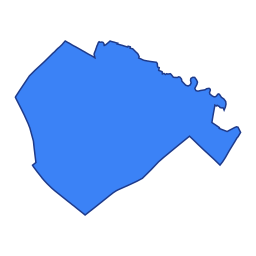 Stejaru, Teleorman, Romania
{"feature_id": "2599482B19320375788704", "entity_name": "Stejaru", "entity_type": "district", "adm_level": 2, "iso_a3": "ROU", "parent_name": "Romania", "parent_adm1": "Teleorman", "projection": "orthographic", "projection_center": [24.865, 44.177], "detail": "fine", "context": "isolated", "style": "filled", "palette": "blue", "viewbox_px": 256, "rotation_deg": 0, "n_neighbors": 0, "source": "geoboundaries", "source_scale": "gbopen_adm2", "svg_char_len": 3513}
<svg xmlns="http://www.w3.org/2000/svg" viewBox="0 0 256 256"><path d="M85.1,215.0L89.3,211.7L93.8,208.2L106.2,198.3L109.8,195.4L113.4,192.6L116.2,190.8L117.9,189.9L130.2,184.4L137.0,181.2L142.4,178.3L151.4,169.4L158.4,162.0L158.8,161.6L164.1,157.0L169.8,152.3L178.3,145.3L189.5,136.2L192.9,139.4L197.7,144.1L204.0,150.1L213.3,158.6L220.0,165.1L222.6,161.8L225.4,157.5L228.9,151.3L230.2,149.1L230.7,148.3L235.0,141.3L237.0,137.9L238.1,136.7L240.6,132.4L238.0,127.2L236.5,126.8L234.7,127.5L227.1,131.5L221.6,129.4L219.2,128.4L219.4,127.6L211.9,122.5L212.9,116.2L214.9,105.1L216.2,106.0L216.6,105.8L217.1,105.3L217.6,105.5L217.9,105.8L219.4,106.5L220.0,107.5L221.5,107.9L222.5,107.8L223.2,108.0L224.1,110.1L225.4,107.0L226.0,104.1L225.7,101.5L223.9,99.0L221.4,97.3L219.4,94.3L218.6,93.9L217.6,94.3L216.9,95.5L215.7,96.6L214.2,96.9L212.3,96.0L209.8,94.0L209.5,92.3L210.3,90.4L210.2,89.2L209.1,88.3L206.7,88.7L205.0,89.8L200.6,90.5L198.0,91.2L195.9,90.6L194.8,88.4L196.9,84.4L197.5,82.1L196.5,79.9L194.7,77.4L192.8,77.3L190.9,78.4L190.5,80.2L191.1,82.9L190.2,84.9L188.1,86.0L185.7,85.2L181.9,81.2L181.5,79.1L180.1,77.3L178.8,76.8L177.3,77.5L174.3,77.4L173.3,77.2L171.2,74.5L170.3,73.7L167.8,74.1L166.7,73.7L165.4,74.5L163.9,73.4L162.4,73.9L162.1,71.7L159.6,70.7L158.9,70.5L158.7,70.4L158.8,70.0L159.2,67.6L158.0,67.3L157.5,66.4L157.3,63.5L156.4,62.3L149.9,61.4L148.3,61.1L147.4,61.0L146.6,60.8L145.4,60.6L144.9,60.5L144.3,60.4L144.0,60.3L143.4,60.1L142.5,59.7L141.6,59.3L140.9,58.9L140.3,58.7L139.4,58.3L138.7,58.0L138.9,57.5L139.1,56.6L139.1,56.4L138.9,56.1L138.7,55.7L138.4,55.0L138.2,54.4L138.0,54.2L137.8,53.9L137.5,53.5L137.4,53.4L137.2,53.2L136.7,52.7L136.1,52.2L135.0,51.1L133.9,50.0L132.7,48.8L131.6,48.5L130.1,48.2L130.3,46.8L128.1,46.2L127.7,47.0L127.2,46.9L125.8,46.5L124.2,46.0L122.4,45.4L120.5,44.9L118.4,44.3L117.2,44.0L117.7,43.2L116.1,42.8L114.3,42.2L112.6,41.8L110.8,41.3L110.1,41.0L109.9,41.2L109.1,41.9L108.3,42.6L107.3,43.5L106.5,44.1L106.1,44.5L105.9,44.7L105.6,44.9L105.2,45.0L104.6,45.3L104.2,45.5L104.1,45.3L104.1,44.9L104.1,44.3L104.0,44.1L103.8,43.5L103.4,42.9L103.2,42.6L102.8,42.3L102.3,42.2L102.0,42.1L101.6,42.1L101.2,42.1L100.8,42.2L100.2,42.2L99.9,42.2L99.7,42.1L99.4,41.9L99.3,42.1L99.2,42.2L98.9,42.2L98.7,42.1L98.2,42.9L97.4,45.2L97.2,45.3L97.0,45.8L96.7,46.6L96.5,47.3L96.2,48.3L96.0,48.6L95.8,49.3L95.5,50.3L94.9,51.7L94.7,52.3L94.5,52.6L94.4,53.0L94.4,53.3L94.2,53.7L94.1,53.9L94.1,54.1L94.1,54.3L94.2,54.8L94.3,55.2L94.4,55.6L94.6,56.4L94.9,57.8L94.5,57.6L94.0,57.2L93.4,56.9L92.8,56.5L92.1,56.1L91.4,55.7L90.4,55.2L90.0,55.0L89.9,54.9L89.4,54.7L89.1,54.5L88.7,54.3L88.3,54.1L87.9,53.8L87.3,53.5L86.8,53.2L86.1,52.8L85.6,52.5L85.2,52.2L84.9,52.1L84.6,51.9L84.2,51.7L83.4,51.2L82.6,50.8L81.9,50.4L81.1,49.9L80.4,49.5L79.3,48.9L78.3,48.3L76.8,47.5L75.8,46.9L73.6,45.8L72.2,45.0L71.4,44.5L70.4,43.9L68.9,43.0L67.8,42.5L67.0,42.0L65.8,41.3L65.2,41.0L64.6,41.7L63.7,42.7L63.6,42.8L62.1,44.6L59.8,46.8L58.5,47.9L58.3,48.0L56.6,49.6L55.0,51.3L54.9,51.5L52.8,53.3L52.7,53.4L50.9,55.2L44.4,61.6L35.0,70.3L29.4,75.9L23.1,85.3L19.7,90.4L15.6,96.7L15.4,97.3L15.7,97.9L16.1,98.8L17.9,102.3L21.4,109.2L24.4,115.3L26.2,119.3L28.2,123.7L30.0,128.4L30.3,129.6L30.9,131.8L33.4,141.0L33.9,145.7L34.2,148.5L35.9,162.5L33.3,164.6L32.5,165.2L33.4,166.7L37.6,172.3L41.2,176.8L41.9,177.8L44.1,180.4L47.0,183.5L51.6,188.0L54.7,190.7L60.1,195.0L64.6,198.6L68.1,201.4L71.3,203.9L72.0,204.5L72.8,205.1L74.0,206.0L77.9,209.2L81.8,212.3L85.1,215.0Z" fill="#3b82f6" stroke="#1e3a8a" stroke-width="1.5"/></svg>